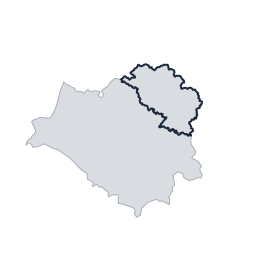 location of Vitebsk within Belarus, rotated 28°
{"feature_id": "BLR-2341", "entity_name": "Vitebsk", "entity_type": "Region", "adm_level": 1, "iso_a3": "BLR", "parent_name": "Belarus", "parent_adm1": "", "projection": "albers", "projection_center": [28.969, 55.191], "detail": "fine", "context": "in_parent", "style": "outline", "palette": "slate", "viewbox_px": 256, "rotation_deg": 28, "n_neighbors": 0, "source": "natural_earth", "source_scale": "10m", "svg_char_len": 9052}
<svg xmlns="http://www.w3.org/2000/svg" viewBox="0 0 256 256"><g transform="rotate(28 128 128)"><path d="M200.4,176.2L196.8,176.2L192.5,176.4L190.2,178.1L187.6,177.4L185.8,178.4L181.6,183.1L180.0,185.6L178.6,189.5L177.7,192.3L178.2,194.3L179.1,196.1L179.3,198.1L179.7,199.6L178.7,200.7L178.1,202.4L176.3,202.1L174.0,200.6L173.5,198.4L171.8,196.8L170.7,196.1L168.8,196.0L165.9,196.7L162.0,197.3L159.1,197.5L157.5,198.3L155.2,199.1L154.3,198.2L153.0,195.7L151.9,193.1L151.2,192.0L150.5,191.7L149.7,191.8L148.8,192.6L148.2,193.4L145.7,194.3L144.7,195.3L143.5,197.6L142.7,197.4L141.9,196.9L141.0,194.3L139.7,193.6L137.7,193.6L135.1,193.0L133.1,192.2L132.4,192.4L131.1,193.5L129.8,193.6L126.9,192.6L126.4,193.0L124.7,195.9L123.9,196.0L123.4,195.7L123.7,193.1L122.1,192.2L119.2,192.0L117.2,192.4L116.3,192.2L115.8,191.7L113.5,187.5L112.2,187.2L109.9,187.3L106.5,186.7L102.7,185.6L100.5,185.2L99.5,184.2L97.1,183.8L90.7,181.7L88.1,181.3L84.2,181.1L78.4,180.4L74.6,180.4L72.8,180.9L70.8,181.2L63.8,181.2L61.2,181.5L60.4,182.4L59.5,184.2L56.4,187.4L53.4,189.4L52.9,189.6L51.3,188.3L50.0,187.8L48.4,187.5L47.2,187.8L46.5,188.3L46.4,190.9L46.2,191.1L45.2,188.0L45.5,185.2L46.3,183.7L47.2,182.3L47.1,180.1L48.1,177.4L48.3,175.3L48.0,174.4L47.4,173.3L45.7,172.1L45.0,171.1L42.6,169.8L40.3,168.1L40.0,167.1L40.1,166.5L40.6,165.6L42.7,163.0L44.9,160.5L46.3,159.6L53.3,156.7L54.4,155.5L54.8,153.5L55.0,149.4L54.9,145.7L54.5,143.1L53.6,138.2L50.9,127.9L49.7,117.4L51.0,118.1L54.1,118.6L56.6,118.1L57.9,118.1L59.0,118.4L62.4,118.0L63.1,119.0L64.5,119.9L67.5,118.9L70.1,117.6L72.7,118.0L73.1,117.3L74.0,113.6L74.8,112.9L78.0,113.4L79.2,112.8L80.5,111.1L82.4,110.1L83.9,110.1L85.6,109.0L86.4,109.8L86.7,111.4L86.1,112.6L86.3,113.1L87.4,113.7L89.3,113.8L90.5,113.3L90.9,112.7L90.9,111.4L90.7,110.2L89.9,109.2L88.4,108.6L87.4,108.5L87.2,107.8L87.6,106.5L88.7,104.0L89.9,101.7L90.7,100.9L90.8,100.1L90.8,98.7L90.9,96.2L92.1,92.8L93.5,90.2L95.4,89.4L97.7,89.1L99.2,87.9L99.9,86.5L100.6,84.2L101.4,83.8L106.7,84.3L107.6,82.1L108.1,81.5L109.2,80.8L109.9,80.0L109.7,79.4L108.3,79.0L105.1,78.5L104.5,77.7L104.7,76.9L105.7,74.6L106.6,71.6L107.1,69.3L107.2,67.9L107.6,67.6L110.3,67.2L111.1,66.8L113.5,63.7L115.2,63.2L119.6,64.1L121.6,64.1L124.1,64.4L124.4,64.1L125.3,61.0L129.7,56.0L132.1,54.3L133.5,54.0L134.1,54.0L136.3,56.7L136.9,56.8L138.4,55.7L141.1,55.7L142.3,56.6L144.1,59.8L145.0,60.2L147.6,58.4L149.1,57.8L150.0,57.8L154.9,60.3L155.3,61.1L155.3,62.1L154.6,65.0L155.6,66.8L156.8,68.1L159.3,66.0L160.3,65.4L161.3,65.4L162.6,64.6L163.6,63.5L164.6,63.1L166.4,63.3L169.6,63.0L173.5,64.7L173.8,65.3L175.8,67.3L176.5,68.3L177.1,68.6L178.2,69.6L179.5,70.2L180.5,70.0L180.9,70.3L181.4,71.1L181.5,72.5L181.4,76.4L180.1,78.5L179.9,79.2L180.0,80.0L181.2,81.7L182.7,84.3L183.0,85.8L183.1,86.9L181.2,90.3L180.6,91.1L180.2,92.8L180.0,94.5L180.2,95.2L183.5,97.7L185.9,99.1L186.5,99.8L186.6,100.2L185.4,103.1L185.3,103.9L187.3,105.0L188.4,106.8L189.4,109.9L191.4,112.7L198.5,116.7L199.1,117.5L199.4,118.4L199.2,120.4L198.1,124.2L199.3,124.7L202.4,124.5L206.2,124.8L210.8,127.2L210.9,128.4L210.5,129.6L210.8,130.7L211.4,131.7L215.5,134.5L215.9,135.3L216.0,136.8L216.0,137.8L214.9,138.1L213.7,138.7L211.8,140.1L211.1,141.9L208.0,144.6L206.1,145.8L204.5,145.9L200.7,145.6L199.3,144.4L198.8,143.3L197.3,142.8L195.4,142.9L192.7,143.2L192.2,143.5L191.8,144.9L190.8,147.3L190.0,148.7L193.5,153.3L195.3,155.2L195.9,156.4L195.9,157.2L195.1,158.2L195.3,160.2L197.1,162.8L196.5,163.2L196.5,166.5L196.6,169.9L197.1,170.8L198.1,171.4L198.9,172.7L200.2,175.5L200.4,176.2Z" fill="#d9dde1" stroke="#a8b0b8" stroke-width="1"/><path d="M105.9,78.9L105.6,78.8L104.6,78.4L104.3,78.2L104.3,77.9L104.5,77.3L105.0,76.3L105.3,75.2L105.5,74.8L106.1,74.2L106.2,73.9L105.9,73.2L106.0,72.5L107.1,71.0L107.3,70.3L107.4,69.5L107.3,68.7L107.2,67.9L107.6,67.3L108.0,67.1L108.5,67.2L109.4,67.6L109.8,67.5L111.1,66.9L111.5,66.5L112.5,64.7L113.6,63.5L114.0,63.3L116.2,63.1L116.9,63.2L117.3,63.4L118.3,64.3L118.8,64.6L119.1,64.5L120.3,63.3L120.7,63.8L121.2,64.2L121.8,64.3L123.9,64.6L124.4,64.5L124.7,63.4L124.9,62.0L125.4,60.6L127.1,59.5L127.7,58.5L127.8,57.8L128.3,57.3L129.5,56.4L130.0,55.3L130.3,55.0L131.2,54.8L131.9,54.4L132.7,53.9L133.4,53.6L134.1,54.1L134.4,54.6L135.6,55.9L136.1,56.7L136.4,57.0L136.8,57.1L137.2,56.9L137.7,56.0L138.1,55.7L140.7,55.5L141.9,55.8L142.1,55.9L143.1,57.6L143.2,58.4L143.3,59.1L143.5,59.7L143.9,60.1L145.3,60.5L145.6,60.4L145.7,59.7L146.1,59.2L147.2,58.7L148.2,58.1L149.0,57.7L150.0,57.8L151.0,58.1L152.3,59.1L155.0,59.9L155.3,60.1L155.9,60.8L156.1,61.1L156.1,61.3L156.1,61.5L155.8,61.5L155.4,61.8L155.2,61.9L155.1,62.1L154.9,63.5L154.5,64.5L154.4,65.0L154.5,65.6L154.8,66.0L155.6,66.8L156.4,68.0L156.8,68.2L157.3,68.0L158.6,66.4L160.3,65.4L160.7,65.3L161.9,65.6L162.3,65.4L163.0,64.1L163.4,63.6L164.1,63.2L164.7,63.0L165.4,63.0L167.5,63.8L167.9,63.6L168.7,62.8L169.1,62.6L169.4,62.7L170.3,63.4L173.7,64.5L173.8,64.7L173.9,64.9L173.7,65.4L173.9,65.7L175.5,66.4L175.8,66.8L175.9,67.1L175.7,67.7L175.7,67.9L176.0,68.4L176.3,68.6L176.7,68.7L177.4,68.6L177.7,68.7L178.5,70.5L179.0,70.5L179.6,70.2L180.3,69.9L181.0,70.2L181.5,71.1L181.6,72.2L181.3,73.3L181.7,73.5L181.6,73.9L181.1,74.2L181.0,74.8L181.2,75.3L181.7,76.1L181.7,76.7L181.5,77.0L180.5,77.8L179.9,78.7L179.7,79.3L179.7,79.8L179.9,80.2L180.2,80.5L180.8,80.8L181.0,81.2L181.3,82.3L181.6,82.6L182.4,83.3L182.7,83.5L182.6,83.9L182.6,84.1L182.9,84.2L183.1,84.5L183.1,84.9L182.9,85.2L182.9,85.4L182.9,85.6L183.3,86.4L183.6,87.2L183.6,87.7L183.1,87.9L182.3,87.7L182.0,87.7L181.9,88.1L182.0,88.6L182.3,88.9L182.4,89.3L182.1,89.9L181.8,90.1L180.7,90.4L180.3,90.7L180.4,91.0L180.6,91.5L180.6,92.3L180.3,92.8L179.9,93.2L179.6,93.7L179.5,94.6L179.7,95.1L179.9,95.3L180.7,95.5L183.4,97.4L183.7,97.9L183.8,98.5L184.2,98.4L185.6,98.5L186.1,99.3L186.8,99.9L186.3,101.1L185.5,102.5L185.1,103.9L185.6,104.3L186.9,104.6L187.1,105.0L186.8,105.1L186.2,105.0L185.7,105.4L185.0,105.7L184.9,105.9L185.0,106.5L184.9,106.6L182.8,105.7L182.5,105.8L182.3,105.9L182.3,106.1L182.3,106.4L182.3,106.5L181.7,106.7L180.5,106.7L179.6,106.6L178.8,106.2L178.5,106.3L178.0,106.6L177.9,106.9L177.8,107.1L177.0,107.4L176.8,107.6L176.7,107.8L177.2,108.3L177.2,108.5L176.9,108.9L176.6,109.7L176.2,110.0L175.7,110.3L175.4,110.3L174.9,110.2L174.3,109.6L173.9,108.8L173.6,108.7L173.4,108.8L173.4,109.2L173.2,109.4L172.4,109.9L172.1,110.0L171.1,109.8L170.9,109.6L170.9,109.4L171.5,108.6L171.8,107.8L171.8,107.7L171.7,107.7L170.6,108.4L169.6,108.3L169.5,108.9L169.2,109.0L168.2,108.3L168.2,108.2L168.3,108.1L168.4,107.9L168.1,107.8L167.8,108.0L167.7,108.4L167.5,108.8L166.8,109.3L166.8,109.9L167.0,110.4L167.1,110.6L166.9,111.0L166.0,111.0L165.7,110.9L165.7,110.5L164.5,110.4L164.5,110.0L164.2,109.6L164.2,109.3L164.1,109.2L163.3,108.9L163.1,109.0L163.3,109.5L163.2,109.7L162.8,109.9L160.5,110.3L160.2,110.2L159.2,109.8L158.7,109.7L158.4,109.9L158.1,110.7L157.2,110.9L156.9,111.6L156.6,111.9L155.9,112.4L155.3,112.6L155.1,112.5L154.9,112.1L154.9,111.2L155.1,110.9L155.7,110.4L155.8,110.1L155.4,109.3L155.1,108.9L155.3,108.6L155.4,108.1L155.6,108.0L155.7,107.7L155.8,107.1L156.1,104.6L156.6,103.6L156.6,103.4L156.3,103.0L156.3,102.8L157.2,101.8L157.1,100.9L156.9,100.6L156.7,100.6L156.5,101.4L156.3,101.6L156.1,101.7L154.8,101.4L154.0,101.9L153.8,101.9L153.2,101.7L152.6,101.7L152.5,100.7L152.4,100.2L152.1,99.9L151.2,100.2L150.9,100.1L150.8,99.9L151.1,99.6L150.9,99.6L150.2,100.0L149.8,100.7L149.3,100.9L148.8,100.9L146.4,100.4L146.3,100.6L146.1,101.1L146.2,101.3L146.5,101.7L146.5,101.9L146.3,102.4L145.7,102.5L145.5,102.4L145.4,101.9L145.2,101.8L144.3,101.7L144.0,102.0L143.8,102.1L142.6,101.7L142.4,101.5L142.3,101.0L142.3,100.8L142.6,100.2L142.6,99.9L142.4,99.5L142.1,99.4L141.7,99.9L141.4,100.1L141.1,99.3L140.9,99.3L139.4,99.8L138.4,102.5L138.1,102.7L137.8,102.6L137.0,102.2L136.9,101.7L136.6,101.4L136.0,101.0L135.7,100.7L135.4,100.0L134.9,99.6L134.4,99.5L133.6,99.7L133.2,99.8L132.6,100.2L131.5,100.0L129.3,100.6L129.2,100.4L129.2,99.9L128.8,99.6L128.5,99.6L128.1,100.1L127.9,100.1L126.6,99.8L126.3,99.3L125.8,98.8L125.6,98.3L125.3,97.9L125.2,97.7L125.4,97.3L125.5,96.8L125.2,96.5L124.3,95.9L122.6,95.6L122.5,95.3L122.6,94.7L121.2,93.3L120.7,92.6L119.5,92.6L119.1,92.5L119.0,92.4L119.0,91.9L118.9,91.5L118.4,90.8L117.9,90.3L117.9,90.2L118.4,89.5L118.5,89.3L118.3,89.0L117.9,88.7L116.8,88.9L115.4,88.5L114.9,88.9L114.8,89.1L114.9,89.5L114.9,89.8L114.6,90.0L113.2,90.0L112.6,90.0L112.3,89.8L112.0,89.3L111.8,89.2L110.0,89.4L109.2,89.9L108.8,90.0L108.6,89.9L108.4,89.6L108.2,89.4L108.0,89.2L106.9,89.2L106.5,89.6L106.0,89.7L105.4,89.3L104.5,89.3L104.0,89.2L102.8,88.7L102.5,88.8L102.4,89.1L102.4,89.6L102.1,89.8L101.9,89.6L101.7,89.7L101.1,90.1L100.9,90.2L100.6,90.0L100.5,89.7L100.4,89.0L100.3,88.8L99.1,88.2L99.4,87.7L100.1,86.4L100.2,86.1L100.2,85.7L100.3,85.0L100.3,84.6L100.9,83.8L101.7,83.7L103.7,84.3L103.9,84.2L104.3,83.8L104.5,83.7L106.3,84.6L106.7,84.6L107.0,84.1L107.2,83.3L107.4,82.4L107.5,82.1L107.8,81.7L108.3,81.3L108.6,81.1L109.7,80.8L110.2,80.5L110.4,80.1L110.2,79.5L109.8,79.2L107.0,78.6L105.9,78.9Z" fill="none" stroke="#1e293b" stroke-width="2"/></g></svg>